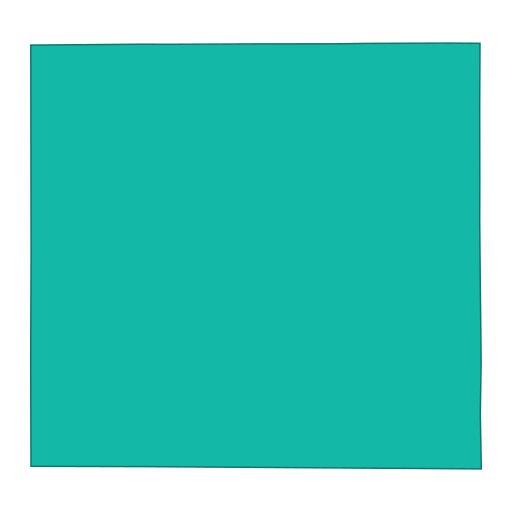 Winnebago, Wisconsin, United States of America
{"feature_id": "52423323B37520871784820", "entity_name": "Winnebago", "entity_type": "district", "adm_level": 2, "iso_a3": "USA", "parent_name": "United States of America", "parent_adm1": "Wisconsin", "projection": "equal_earth", "projection_center": [-88.588, 44.069], "detail": "fine", "context": "isolated", "style": "filled", "palette": "teal", "viewbox_px": 512, "rotation_deg": 0, "n_neighbors": 0, "source": "geoboundaries", "source_scale": "gbopen_adm2", "svg_char_len": 381}
<svg xmlns="http://www.w3.org/2000/svg" viewBox="0 0 512 512"><path d="M30.8,45.1L31.1,255.4L30.7,359.4L31.0,466.3L143.8,466.6L481.3,468.9L480.3,414.0L481.1,363.3L480.9,337.5L480.2,276.9L479.7,219.8L479.8,184.3L479.7,104.3L480.0,43.3L449.8,43.1L447.4,43.1L367.7,43.4L337.3,43.8L255.6,43.9L167.5,44.3L142.9,44.2L30.8,45.1Z" fill="#14b8a6" stroke="#0f766e" stroke-width="1.5"/></svg>